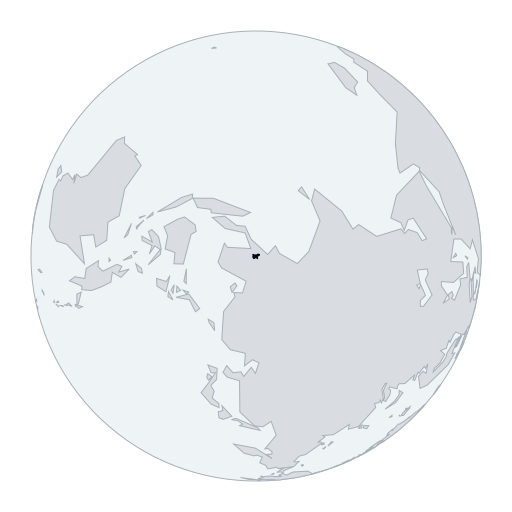 globe centered on Nakhon Sawan, rotated 148°
{"feature_id": "THA-411", "entity_name": "Nakhon Sawan", "entity_type": "Province", "adm_level": 1, "iso_a3": "THA", "parent_name": "Thailand", "parent_adm1": "", "projection": "orthographic", "projection_center": [99.999, 15.699], "detail": "fine", "context": "on_globe", "style": "filled", "palette": "ink", "viewbox_px": 512, "rotation_deg": 148, "n_neighbors": 0, "source": "natural_earth", "source_scale": "10m", "svg_char_len": 11076}
<svg xmlns="http://www.w3.org/2000/svg" viewBox="0 0 512 512"><g transform="rotate(148 256 256)"><circle cx="256" cy="256" r="225" fill="#eef3f6" stroke="#a8b0b8"/><path d="M469.2,326.2L468.8,327.7L468.7,327.9L469.2,326.2ZM355.1,53.7L357.0,55.0L365.7,60.0L358.1,56.1L379.4,69.4L386.6,76.4L374.0,66.0L369.3,63.2L372.0,66.3L367.7,64.2L366.5,64.8L361.2,62.3L354.3,57.1L350.7,55.6L352.8,58.0L348.8,57.6L346.3,54.1L338.9,53.1L326.0,46.0L323.6,41.6L312.0,38.0L307.2,36.6L323.6,41.1L339.6,46.8L355.1,53.7ZM372.9,64.5L370.9,62.9L374.3,65.3L372.9,64.5ZM367.3,65.3L369.2,66.6L367.8,66.4L367.3,65.3ZM358.4,62.6L355.5,62.2L357.2,61.6L358.4,62.6ZM353.0,61.5L346.2,61.4L349.8,64.0L335.6,57.4L346.2,59.2L347.7,57.9L349.6,59.9L353.0,61.5ZM298.7,34.8L301.2,35.4L293.3,34.0L288.9,33.2L289.3,33.2L298.7,34.8ZM288.0,33.0L286.0,32.7L285.5,32.7L288.0,33.0ZM328.9,54.1L326.2,53.6L327.7,53.2L328.9,54.1ZM277.5,31.8L274.8,31.5L275.2,31.5L277.5,31.8ZM306.4,36.5L299.9,35.5L299.1,35.5L293.2,34.0L306.4,36.5ZM272.3,31.3L271.4,31.3L268.9,31.1L272.3,31.3ZM284.6,32.5L285.1,32.6L282.7,32.3L284.6,32.5ZM270.6,31.2L272.0,31.3L273.0,31.4L270.3,31.3L270.6,31.2ZM289.1,33.5L286.4,33.1L291.1,34.0L286.5,33.5L283.5,32.7L282.8,32.9L281.4,32.7L280.5,32.3L289.1,33.5ZM270.4,31.6L264.9,31.0L257.1,30.8L255.8,30.7L268.7,31.1L270.4,31.6ZM276.4,32.0L272.4,31.6L272.9,31.5L275.9,31.7L276.4,32.0ZM284.5,33.6L292.4,34.5L292.8,34.7L284.5,33.6ZM268.0,31.5L269.4,31.7L267.4,31.5L268.0,31.5ZM279.3,32.9L282.1,33.1L282.4,33.3L279.3,32.9ZM269.9,32.1L268.1,31.7L270.1,31.7L269.9,32.1ZM274.1,32.4L274.0,32.7L271.9,31.9L275.3,32.5L274.1,32.4ZM279.2,33.0L280.4,33.2L278.0,32.9L279.2,33.0ZM263.4,32.6L260.2,31.6L264.6,31.5L267.1,32.3L263.4,32.6ZM75.9,120.7L76.9,124.0L75.9,126.7L68.8,135.7L63.9,155.0L70.6,148.6L73.1,161.7L79.2,165.5L93.8,148.1L83.8,141.3L89.0,131.3L102.5,128.9L112.3,136.1L114.6,132.5L114.3,121.3L122.4,116.8L114.8,117.1L113.5,121.4L108.7,122.0L109.6,118.1L112.5,116.5L111.2,113.3L97.9,122.9L95.2,128.4L88.2,126.0L83.0,135.2L79.0,137.9L86.4,123.5L90.2,119.2L99.0,103.0L94.4,107.1L85.7,123.0L85.8,120.9L79.4,127.6L84.3,120.9L95.0,103.5L92.6,102.5L79.5,116.1L98.8,94.7L97.2,96.6L102.5,91.7L112.1,83.0L110.2,85.1L113.7,82.3L113.2,83.7L121.3,79.2L122.2,80.4L133.7,73.0L135.7,73.0L128.3,77.1L123.6,81.1L126.8,85.6L129.9,84.7L137.1,79.9L137.1,82.2L143.7,76.9L149.7,78.1L148.0,72.7L156.4,67.9L164.6,66.1L167.1,63.8L153.8,67.0L148.8,69.3L145.0,72.7L131.0,79.5L128.1,79.3L141.6,69.4L138.9,68.5L150.5,62.1L179.3,55.8L187.0,56.8L182.0,67.8L175.4,69.7L173.9,66.4L167.5,73.5L171.8,70.9L171.7,73.2L179.8,70.1L180.2,71.6L187.3,66.4L188.7,67.9L184.1,71.2L197.3,68.9L202.3,71.8L205.1,70.7L206.7,68.6L212.1,74.2L213.9,73.1L212.9,70.8L215.8,67.5L223.1,63.9L224.6,66.0L222.1,67.6L219.2,74.4L212.5,78.9L213.9,79.4L220.0,76.2L223.6,67.7L227.5,65.0L226.8,68.8L227.4,67.2L229.8,66.6L233.6,68.1L234.8,64.1L259.6,57.1L269.5,60.2L266.0,63.7L284.9,63.4L294.5,68.3L293.5,66.0L301.9,65.2L299.0,63.5L299.1,62.4L319.3,61.4L325.2,63.3L332.7,61.7L332.2,60.7L328.3,59.0L335.6,57.4L349.8,64.0L350.3,65.8L358.9,69.3L358.7,73.3L362.4,78.7L357.2,82.1L360.7,86.6L363.7,87.6L370.6,95.1L374.6,108.4L358.3,93.3L349.7,75.6L352.1,82.1L347.6,79.6L346.1,81.5L348.0,86.6L350.7,87.7L333.8,93.3L330.8,107.7L340.6,107.5L347.2,112.6L352.3,132.3L336.1,158.9L344.7,168.6L345.6,174.9L338.9,178.5L337.4,169.3L330.1,165.7L330.3,160.4L319.0,164.1L318.8,156.7L310.1,163.8L314.0,169.9L324.0,168.9L316.6,179.1L327.5,190.2L329.3,203.3L312.9,226.1L295.3,232.6L294.3,236.8L287.0,231.8L277.7,239.8L291.5,264.1L291.3,271.1L276.0,283.6L275.6,278.5L256.4,265.0L253.0,281.3L267.6,295.7L272.6,311.9L261.5,306.4L256.3,292.2L249.5,287.0L251.2,272.7L245.3,251.1L234.1,254.4L234.8,245.8L225.0,227.7L208.8,231.8L183.1,251.8L179.7,273.3L170.8,281.7L159.5,248.7L159.5,227.4L152.3,228.3L143.3,208.7L118.6,202.2L118.0,196.4L112.7,197.7L106.9,190.4L107.0,181.0L102.2,180.1L102.6,204.8L108.1,206.0L116.7,199.1L115.5,207.5L121.5,216.7L104.6,233.1L72.7,241.4L74.4,224.9L75.3,176.4L78.0,172.1L78.2,171.6L78.5,170.6L73.6,177.3L75.4,168.2L69.7,200.3L66.6,213.4L72.1,242.2L70.4,244.1L73.7,250.7L90.0,250.0L89.0,255.3L78.3,277.3L60.0,303.3L65.3,326.9L68.7,345.5L63.5,353.5L70.4,368.6L68.6,371.2L72.7,379.3L74.9,386.0L76.2,390.9L72.9,387.3L63.0,372.3L54.4,356.5L47.0,340.2L41.0,323.2L36.3,305.9L36.1,305.0L33.6,291.7L32.0,280.4L30.9,264.5L30.8,248.6L31.0,244.2L31.5,237.8L33.3,222.1L36.2,206.5L40.3,191.1L45.4,176.1L51.5,161.5L58.7,147.3L66.8,133.7L75.9,120.7ZM117.7,154.3L126.7,158.6L131.3,145.5L135.1,146.3L135.2,141.8L131.5,144.5L133.1,132.8L140.1,131.2L143.4,126.2L140.5,124.6L127.4,129.6L125.1,146.0L119.3,149.9L117.7,154.3ZM133.2,67.5L130.2,69.8L126.2,72.4L125.1,72.6L131.0,68.7L133.2,67.5ZM126.9,72.5L140.5,63.6L141.8,63.7L138.8,65.0L138.2,66.0L133.2,68.5L121.0,78.1L116.7,81.1L117.1,78.9L119.4,77.6L122.2,75.2L126.9,72.5ZM173.3,46.5L179.2,44.3L174.1,47.1L169.2,49.0L167.8,48.9L172.8,46.7L173.3,46.5ZM227.7,32.5L235.4,31.8L245.2,31.1L248.4,31.1L244.7,31.4L250.6,31.3L245.8,32.0L248.0,32.1L245.5,33.3L237.0,34.2L240.2,34.4L238.4,35.7L231.5,36.9L233.2,35.6L224.4,38.1L222.7,37.1L221.8,37.5L217.8,37.4L211.4,38.2L211.7,37.6L209.0,38.2L206.4,38.4L202.9,39.1L202.1,38.6L197.7,39.6L199.8,38.8L192.6,40.7L197.6,39.1L194.6,39.7L191.3,40.9L193.6,39.5L210.5,35.4L227.7,32.5ZM262.4,32.9L252.7,33.5L247.0,33.5L253.7,31.6L252.4,31.4L256.5,30.8L264.7,31.1L262.8,31.1L262.8,31.3L260.2,31.1L262.3,31.4L259.7,31.6L260.6,32.0L257.2,32.0L262.4,32.9ZM79.0,124.3L78.9,125.5L79.9,126.4L75.9,131.0L79.0,124.3ZM85.9,112.4L86.5,112.5L81.4,118.7L81.4,117.7L85.9,112.4ZM91.3,107.6L87.0,112.0L89.3,109.0L91.3,107.6ZM129.3,77.2L130.5,77.4L128.9,78.6L126.2,80.1L129.3,77.2ZM205.0,46.6L206.9,45.2L208.3,45.1L215.5,42.7L217.4,43.7L213.7,45.5L205.0,46.6ZM89.6,150.1L85.2,152.5L85.4,150.2L86.9,149.8L89.6,150.1ZM78.3,141.2L78.8,145.5L77.2,142.4L78.3,141.2ZM208.2,47.2L211.0,46.0L210.2,47.2L208.2,47.2ZM219.1,44.3L218.9,45.5L218.4,43.5L219.1,44.3ZM179.2,453.3L183.8,455.7L180.5,455.2L179.2,453.3ZM90.7,351.1L93.1,380.8L86.8,378.5L81.4,368.4L77.6,349.7L83.5,346.7L85.3,338.9L90.7,351.1ZM328.2,348.9L334.7,349.7L334.4,350.7L328.2,348.9ZM321.5,345.5L329.0,345.8L320.1,347.7L321.5,345.5ZM331.9,345.9L339.5,343.8L342.8,342.1L342.2,344.2L331.9,345.9ZM316.3,345.6L288.1,345.1L276.9,342.1L279.6,338.6L297.8,339.9L316.3,345.6ZM278.7,338.4L261.5,327.5L237.6,295.8L246.2,296.8L271.1,316.4L269.5,319.5L279.9,328.1L278.7,338.4ZM320.2,320.0L318.5,329.6L303.0,328.7L295.9,327.0L291.1,314.6L293.8,308.5L299.6,308.8L321.9,287.7L329.7,292.9L322.9,301.9L329.3,310.2L320.2,320.0ZM180.6,275.5L185.5,289.0L180.7,290.5L180.6,275.5ZM330.6,272.7L321.8,282.1L329.8,269.6L330.6,272.7ZM335.2,260.9L335.9,265.7L332.1,261.1L335.2,260.9ZM294.3,243.4L288.2,244.3L287.9,240.9L295.6,237.8L294.3,243.4ZM330.6,214.6L331.0,224.4L330.0,227.7L327.0,221.8L330.6,214.6ZM227.7,57.7L215.6,59.5L208.1,62.5L205.8,66.1L203.9,62.2L215.4,57.7L227.7,57.7ZM255.5,56.7L257.5,54.1L260.1,55.2L260.0,55.9L255.5,56.7ZM254.3,55.2L250.2,52.3L253.6,50.9L256.1,53.4L254.3,55.2ZM228.7,48.5L225.0,48.9L225.8,47.7L228.7,48.5ZM417.9,412.3L417.7,412.8L411.4,419.0L403.9,425.8L399.1,429.3L417.9,412.3ZM373.5,436.1L376.2,430.3L383.2,428.6L377.9,434.3L373.5,436.1ZM421.0,409.4L418.7,411.8L422.9,407.1L428.7,400.5L433.7,393.4L429.6,399.4L430.4,398.6L421.0,409.4ZM355.9,413.7L313.1,428.0L304.3,426.6L307.9,421.2L302.7,404.7L305.7,405.1L305.4,393.6L331.5,382.7L350.7,362.6L363.6,363.2L374.3,348.4L387.1,348.5L382.4,360.1L394.6,366.3L405.6,340.3L410.3,366.2L417.2,374.3L415.9,390.1L393.0,418.9L382.5,425.3L381.8,423.2L377.1,426.3L371.6,426.0L371.0,418.0L366.3,421.0L372.0,414.2L364.6,420.5L362.9,415.3L355.9,413.7ZM446.2,355.6L447.3,355.9L448.2,359.8L446.5,359.6L446.2,355.6ZM466.0,333.2L465.8,335.1L464.9,336.3L466.0,333.2ZM468.7,327.9L467.6,329.6L469.2,326.2L468.7,327.9ZM455.8,338.1L456.1,339.5L455.5,340.3L455.8,338.1ZM455.4,337.7L456.5,334.8L456.0,337.5L455.4,337.7ZM450.8,325.1L451.8,323.5L452.1,324.5L450.8,325.1ZM344.3,349.6L353.5,342.0L358.3,341.2L344.3,349.6ZM449.8,322.4L447.6,322.7L448.0,321.2L449.8,322.4ZM450.3,319.0L450.2,317.0L451.2,321.5L450.3,319.0ZM446.2,315.3L448.8,318.4L445.9,315.9L446.2,315.3ZM444.5,316.2L442.5,315.0L442.7,314.3L444.5,316.2ZM419.6,322.7L427.3,333.8L420.6,334.4L413.2,327.7L406.6,335.4L392.0,335.5L395.6,330.8L393.9,324.3L378.3,322.6L375.2,318.3L380.9,315.1L370.4,312.1L381.9,309.5L386.5,318.3L392.9,310.8L403.6,311.8L413.8,313.9L421.6,319.8L419.6,322.7ZM381.6,329.4L383.6,329.3L381.7,332.1L381.6,329.4ZM438.7,310.7L441.6,314.5L441.2,315.7L439.7,315.3L438.7,310.7ZM423.4,318.0L431.9,309.6L433.8,309.4L428.1,318.6L423.4,318.0ZM430.0,305.0L433.8,305.5L435.7,309.5L434.9,310.7L430.0,305.0ZM358.1,322.1L357.6,324.6L354.6,322.7L358.1,322.1ZM362.1,320.4L371.2,322.8L361.2,322.6L362.1,320.4ZM333.7,312.3L336.5,318.2L345.3,314.3L338.6,319.9L344.3,329.6L342.3,333.3L336.6,322.8L334.3,333.8L330.4,333.6L328.4,324.2L332.4,312.8L336.3,308.0L352.0,305.7L333.7,312.3ZM362.1,313.2L359.7,306.3L361.5,301.6L364.1,305.2L362.1,313.2ZM352.2,289.7L345.4,281.8L339.4,285.0L351.3,273.5L355.9,283.0L352.2,289.7ZM346.1,272.1L340.5,275.0L346.2,268.3L346.1,272.1ZM339.0,272.3L338.2,266.7L342.7,267.4L339.0,272.3ZM349.0,272.3L349.7,262.8L352.2,268.3L349.0,272.3ZM335.7,254.2L345.7,263.3L333.1,259.4L331.6,241.2L336.9,240.8L335.7,254.2ZM359.3,181.8L357.4,176.9L362.0,175.8L362.0,179.4L359.3,181.8ZM375.0,169.2L362.6,173.9L352.3,178.5L356.0,180.7L354.5,189.1L348.5,181.3L354.9,172.1L362.9,170.3L363.2,163.4L368.4,158.8L365.7,150.5L367.7,147.0L372.6,154.2L375.0,169.2ZM364.2,147.1L361.5,132.9L370.5,134.9L373.1,138.5L370.6,143.9L366.0,142.5L364.2,147.1ZM363.5,130.3L359.0,128.9L345.5,109.3L344.9,105.9L359.9,120.8L356.5,120.5L358.2,125.3L363.5,130.3ZM327.6,54.7L326.3,53.7L328.8,54.6L327.6,54.7ZM297.3,61.6L298.0,60.3L300.9,61.1L297.3,61.6ZM301.3,57.3L297.6,57.2L300.9,56.4L301.3,57.3ZM289.3,57.4L295.8,56.7L290.5,58.6L289.3,57.4Z" fill="#d9dde1" stroke="#a8b0b8" stroke-width="1"/><path d="M257.7,258.5L257.5,258.4L257.4,258.4L257.3,258.2L257.2,258.1L257.0,257.6L256.9,257.4L256.7,257.3L256.5,257.1L256.4,257.1L256.2,257.1L255.9,256.8L255.9,256.7L255.8,256.8L255.7,256.7L255.5,256.3L255.4,256.2L255.4,256.3L255.2,256.3L255.2,256.2L254.9,256.1L254.7,256.1L254.6,256.3L254.4,256.3L254.3,256.5L254.2,256.5L253.9,256.5L253.8,256.4L253.7,256.3L253.6,256.2L253.3,256.0L253.2,256.0L253.1,255.9L252.9,255.7L252.7,255.7L252.5,255.4L252.6,255.2L252.8,255.1L253.0,255.1L253.3,255.2L253.3,255.3L253.3,255.2L253.5,255.2L253.8,255.2L254.0,255.2L254.3,255.1L254.5,255.2L254.5,255.3L254.6,255.5L254.8,255.7L255.0,255.5L255.1,255.2L255.3,254.9L255.4,254.7L255.6,254.5L255.6,254.4L255.8,254.0L255.8,253.9L255.8,253.7L256.0,253.5L256.1,253.8L256.2,254.1L256.3,254.2L256.3,254.3L256.4,254.5L256.5,254.5L256.5,254.8L256.6,255.0L256.8,255.0L257.0,255.1L257.3,255.1L257.5,255.1L257.8,255.1L258.0,255.1L258.3,255.0L258.5,255.0L258.8,255.1L258.9,255.3L259.0,255.3L259.0,255.5L259.1,255.8L259.1,256.0L259.2,256.3L259.0,256.5L258.9,256.7L258.8,256.8L258.8,257.0L258.3,257.5L258.2,257.6L258.1,257.8L258.0,258.0L257.9,258.0L257.8,258.3L257.7,258.4L257.7,258.5Z" fill="#0f172a" stroke="#020617" stroke-width="1.5"/></g></svg>